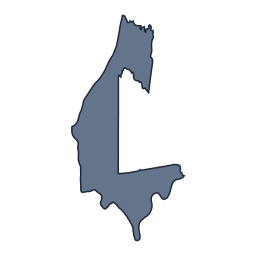 Foz do Iguaçu, Paraná, Brazil (Equal Earth projection)
{"feature_id": "56859067B63290422041156", "entity_name": "Foz do Iguaçu", "entity_type": "district", "adm_level": 2, "iso_a3": "BRA", "parent_name": "Brazil", "parent_adm1": "Paraná", "projection": "equal_earth", "projection_center": [-54.465, -25.455], "detail": "fine", "context": "isolated", "style": "filled", "palette": "slate", "viewbox_px": 256, "rotation_deg": 0, "n_neighbors": 0, "source": "geoboundaries", "source_scale": "gbopen_adm2", "svg_char_len": 3554}
<svg xmlns="http://www.w3.org/2000/svg" viewBox="0 0 256 256"><path d="M151.1,26.4L149.8,24.9L148.5,25.8L149.0,28.1L147.6,28.5L146.1,29.5L145.6,32.1L144.5,31.3L144.7,29.2L144.2,26.7L143.2,27.4L142.1,27.1L141.1,29.5L139.9,28.4L140.8,25.9L138.0,25.7L135.3,25.2L133.4,22.4L133.2,21.0L131.9,21.9L130.1,20.9L129.8,22.5L128.5,22.4L127.4,22.5L126.9,20.5L125.5,17.8L124.9,16.3L123.6,15.5L122.5,15.4L121.1,21.7L120.5,23.9L119.0,33.0L117.8,39.5L116.5,46.0L114.8,50.3L112.9,55.0L108.8,61.5L108.4,62.7L104.6,70.9L99.9,78.3L98.1,80.3L94.4,84.2L92.2,87.4L88.7,92.7L84.7,98.8L83.5,101.2L82.9,104.3L82.4,106.1L81.9,108.3L81.4,109.6L81.0,110.9L80.3,112.2L79.8,113.6L79.3,115.0L79.0,116.4L78.5,118.3L77.9,120.4L77.3,121.7L76.7,122.9L75.6,124.1L74.3,125.5L73.1,126.1L72.0,126.5L71.8,128.1L71.9,130.3L71.9,132.4L72.6,134.9L73.5,136.6L74.5,137.8L76.0,139.3L76.9,140.3L77.7,141.5L78.2,143.1L78.1,145.0L77.8,147.3L78.1,149.9L78.4,151.6L78.5,154.0L78.4,156.6L78.3,158.6L78.5,160.5L78.9,162.2L79.4,163.7L80.0,165.0L80.6,166.3L80.7,168.0L80.6,169.5L80.7,171.6L80.7,173.1L80.8,174.8L80.6,176.5L80.4,178.2L80.6,180.1L80.6,182.1L80.8,184.1L80.8,185.8L80.8,187.9L80.9,190.5L81.5,192.0L82.7,192.2L84.0,192.2L85.3,192.0L86.8,191.5L88.6,191.5L89.9,191.4L91.2,191.0L92.1,190.3L93.4,189.8L94.9,189.9L96.2,191.0L97.6,192.1L98.8,193.2L100.1,193.9L101.4,195.0L101.7,197.8L101.4,200.1L100.9,201.3L100.4,203.1L101.0,205.2L101.9,206.4L103.7,208.4L105.2,209.0L106.3,208.1L107.5,207.1L108.7,205.8L109.5,204.2L111.4,203.6L112.5,202.3L113.6,202.4L115.0,203.3L116.0,204.1L117.0,205.3L118.4,206.9L119.3,208.2L120.3,208.8L121.6,210.0L122.7,211.2L123.8,212.2L124.5,213.2L125.4,214.7L126.9,216.4L127.8,218.2L128.7,219.6L129.4,220.7L130.5,222.4L131.4,224.0L131.9,225.2L132.5,226.4L133.0,227.9L133.0,229.3L133.1,230.6L133.4,231.9L133.6,233.6L133.8,235.3L134.2,236.6L134.7,238.0L135.1,239.3L135.7,240.3L137.1,240.6L138.8,240.0L139.9,238.7L140.0,237.3L139.9,235.1L139.3,232.5L139.1,230.8L138.8,228.0L138.8,226.7L139.0,225.2L139.3,223.4L140.1,221.7L141.4,220.3L142.8,219.2L143.9,218.2L145.3,216.9L147.0,216.1L147.8,215.1L149.2,214.0L150.0,212.5L150.8,211.0L151.6,208.7L151.9,207.3L152.0,205.4L151.9,203.9L151.6,202.5L151.3,200.9L151.2,198.8L151.4,197.3L152.3,195.1L153.7,194.0L155.2,193.4L156.6,192.8L158.0,193.0L159.0,193.9L160.2,195.6L160.9,196.7L162.0,198.2L163.2,199.1L164.5,199.4L165.5,198.8L167.1,197.9L168.2,196.2L169.0,194.4L169.8,192.5L170.4,190.6L170.7,188.8L171.4,186.5L172.1,184.3L172.8,182.6L173.7,181.5L174.9,180.5L176.3,179.6L177.9,179.3L180.7,178.6L181.9,178.0L183.3,176.9L184.2,175.8L182.8,175.4L182.0,173.2L180.8,172.4L180.1,170.8L180.5,169.5L180.2,166.6L179.5,165.7L178.0,164.8L175.6,164.6L173.4,164.4L172.1,165.0L166.2,166.0L165.2,166.5L163.8,166.4L159.5,167.1L158.2,167.3L157.2,167.7L153.9,168.1L141.3,170.3L139.9,169.7L139.1,170.8L134.8,171.6L126.4,173.2L125.3,172.9L122.4,173.5L118.2,173.5L118.3,152.5L118.3,146.5L118.3,143.4L118.3,140.3L118.3,133.8L118.3,128.5L118.4,114.5L118.4,108.1L118.4,101.5L118.4,78.1L118.7,75.3L119.9,76.0L120.9,77.0L121.1,74.4L122.3,72.8L122.1,70.8L123.2,70.2L123.8,68.7L124.9,67.7L127.6,69.4L129.3,69.7L130.7,71.5L131.8,73.1L133.0,72.3L133.6,73.9L133.4,75.6L134.0,79.0L135.0,80.1L136.7,80.7L138.5,80.8L139.3,82.3L141.1,82.2L141.8,83.9L142.4,88.1L143.7,88.7L145.1,88.0L146.0,89.5L148.6,92.7L150.0,80.9L152.2,64.9L152.5,62.5L152.6,60.6L152.2,58.9L151.4,57.8L150.6,56.8L150.9,54.0L151.8,51.1L151.5,46.6L151.6,42.8L152.2,40.0L153.4,37.5L152.9,34.3L153.1,32.6L153.1,30.6L150.6,30.2L151.1,28.4L151.1,26.4Z" fill="#64748b" stroke="#1e293b" stroke-width="1.5"/></svg>